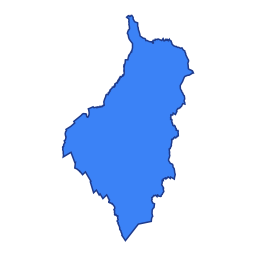 Ban Na, Nakhon Nayok, Thailand
{"feature_id": "78962969B12368211729718", "entity_name": "Ban Na", "entity_type": "district", "adm_level": 2, "iso_a3": "THA", "parent_name": "Thailand", "parent_adm1": "Nakhon Nayok", "projection": "equal_earth", "projection_center": [101.083, 14.274], "detail": "fine", "context": "isolated", "style": "filled", "palette": "blue", "viewbox_px": 256, "rotation_deg": 0, "n_neighbors": 0, "source": "geoboundaries", "source_scale": "gbopen_adm2", "svg_char_len": 5807}
<svg xmlns="http://www.w3.org/2000/svg" viewBox="0 0 256 256"><path d="M193.4,73.0L193.1,72.3L193.0,72.5L192.4,72.1L192.3,70.8L190.8,70.0L189.4,69.5L188.4,68.7L188.1,65.0L187.8,63.4L188.6,61.0L188.5,60.1L187.6,58.6L185.8,54.8L185.6,53.3L185.0,52.1L184.7,50.8L184.0,50.5L183.3,49.9L182.7,49.2L182.0,47.9L180.4,48.2L178.7,47.3L177.5,47.4L176.4,46.5L175.4,46.5L173.6,45.7L172.1,44.2L171.7,42.8L171.3,41.9L171.2,41.1L170.1,40.5L169.9,40.1L169.6,40.0L169.4,39.5L169.2,39.9L168.4,39.9L168.2,40.4L167.7,39.4L167.3,39.4L167.2,40.1L166.8,39.9L166.4,40.1L166.2,39.8L166.1,39.3L165.9,39.2L165.7,39.4L165.9,39.8L165.8,40.1L165.1,40.5L164.7,40.3L164.1,40.9L163.9,40.8L163.9,40.3L163.4,39.9L163.4,39.2L163.1,38.6L161.7,40.5L158.2,39.0L157.9,39.0L157.5,39.5L155.2,39.3L155.0,40.4L153.2,40.3L153.0,40.5L152.9,41.5L153.4,42.7L153.4,43.0L153.0,43.2L152.7,43.0L151.8,41.7L150.7,41.8L149.0,41.5L147.1,40.5L145.8,40.5L145.5,39.2L144.9,38.5L143.3,38.2L140.5,36.3L140.0,35.7L139.9,34.5L139.1,31.6L138.4,29.7L138.2,27.7L137.6,26.1L137.7,23.9L137.6,22.8L135.1,22.0L134.1,20.9L133.7,19.9L133.1,19.0L133.2,17.7L132.9,17.0L131.8,15.4L131.1,15.4L130.4,16.3L129.8,16.6L129.4,16.4L128.9,15.6L128.2,15.8L126.6,17.2L127.1,17.7L128.6,18.6L128.9,19.6L129.0,20.2L128.8,21.7L129.1,23.1L128.9,24.7L129.3,25.8L129.5,28.6L129.3,29.4L128.4,30.1L128.4,30.5L128.0,31.1L127.5,32.6L127.4,33.6L128.1,34.5L128.7,37.7L129.4,39.4L132.5,43.5L132.5,47.9L131.6,51.7L131.3,51.4L129.9,54.0L129.0,55.0L129.2,55.4L129.1,55.8L128.6,55.9L127.8,59.8L125.4,59.8L125.2,61.3L125.3,61.8L124.9,63.9L124.4,64.4L124.4,65.2L124.0,65.1L123.8,66.7L124.2,66.7L123.9,70.7L124.2,70.6L124.2,72.1L124.1,73.7L123.7,75.0L123.2,74.9L123.1,75.4L122.7,75.3L122.7,76.2L121.6,76.4L121.4,77.0L120.4,76.6L120.1,77.7L119.8,77.6L119.7,78.5L119.2,78.5L119.1,78.9L119.5,78.9L119.4,79.6L119.2,79.6L119.1,79.9L118.6,79.8L118.4,80.8L117.9,80.6L117.5,82.6L117.1,82.2L116.2,83.1L115.0,83.8L115.2,84.8L114.8,84.8L114.8,86.4L113.9,86.3L113.9,87.2L112.4,87.1L112.2,87.9L110.1,90.0L110.3,90.3L109.9,90.6L110.1,91.1L109.7,91.5L109.4,92.2L109.2,92.1L109.0,92.9L108.3,92.9L108.1,94.6L106.5,94.4L106.0,95.0L105.6,96.9L104.6,99.3L103.8,101.9L104.2,105.1L103.5,105.2L103.5,105.7L102.3,106.0L102.3,106.5L101.8,106.8L101.3,106.5L100.0,106.4L100.0,107.1L98.9,107.0L98.2,107.1L98.1,107.3L97.3,107.0L97.0,107.1L96.8,107.6L96.6,107.4L96.8,107.1L93.9,107.7L93.1,106.8L89.3,108.5L88.5,108.7L88.3,108.8L88.8,110.4L88.9,111.2L89.1,112.0L89.1,114.4L88.2,116.8L87.9,116.8L87.6,117.2L87.2,117.1L86.6,116.1L86.4,114.3L86.0,114.3L85.8,113.8L83.5,113.6L82.5,114.0L81.1,115.5L73.8,121.4L74.7,123.0L70.8,126.4L66.0,129.4L66.5,130.6L65.6,131.8L65.2,133.8L65.5,135.6L65.8,136.1L65.7,136.7L66.1,137.1L65.9,137.6L65.7,138.8L65.2,140.2L64.3,140.6L64.6,142.0L65.0,142.7L64.4,143.3L63.6,144.8L63.6,146.5L63.2,146.9L62.8,146.8L62.6,147.2L62.9,148.0L62.7,149.7L63.3,151.5L63.2,153.3L63.5,155.0L63.2,157.0L71.0,152.3L75.0,163.0L75.4,162.7L74.8,168.0L76.8,168.9L79.2,170.8L79.5,171.3L79.7,171.1L82.6,174.7L85.4,171.9L90.9,181.2L90.3,181.8L93.6,192.8L96.4,190.1L99.2,195.0L100.1,194.0L102.9,198.6L106.7,194.9L108.4,198.0L108.4,198.5L108.7,198.6L109.0,199.5L109.5,199.9L109.2,201.1L108.8,201.3L108.9,201.8L108.8,202.3L109.7,202.8L110.5,202.7L111.0,203.3L111.7,203.5L112.1,204.0L112.4,203.7L114.7,206.9L114.7,208.7L114.0,209.4L113.9,209.7L114.7,210.9L114.4,212.1L114.7,213.0L114.6,214.6L115.1,215.1L115.9,214.6L116.6,215.9L117.6,215.8L117.9,216.0L117.6,218.0L117.7,218.5L118.2,219.3L118.0,220.0L117.3,220.4L117.2,221.5L118.3,222.7L118.3,223.2L118.0,223.5L119.3,226.3L119.7,227.8L119.7,229.2L120.3,230.2L120.9,230.8L121.0,231.9L121.5,232.8L122.1,235.0L121.9,235.3L125.4,240.6L138.3,224.1L151.3,221.4L151.5,219.1L151.9,217.4L152.7,216.4L152.0,213.6L152.2,209.9L153.2,208.2L154.0,207.6L154.5,203.8L152.7,202.9L152.0,201.3L151.6,200.2L152.1,199.4L151.8,197.6L152.6,197.2L153.8,195.5L154.6,195.8L155.4,195.2L155.7,195.2L157.0,196.6L157.4,195.1L157.6,194.9L157.9,195.1L158.3,196.0L160.7,196.5L161.1,196.3L161.3,195.1L162.1,194.5L162.8,193.0L163.8,191.6L163.2,188.7L163.6,188.2L163.5,187.8L161.7,184.8L162.2,182.9L162.2,180.4L163.3,180.6L163.1,179.2L164.9,178.2L164.9,178.4L165.8,178.0L166.0,178.9L167.3,177.9L168.1,176.9L170.3,178.4L170.6,177.1L172.5,178.0L174.3,179.1L174.5,177.6L175.1,175.1L175.2,174.4L174.6,172.1L174.6,171.3L174.1,168.5L173.0,167.0L172.9,165.3L172.5,164.3L170.3,163.3L168.6,160.6L168.6,159.1L169.3,157.5L169.8,155.4L169.5,154.3L169.6,153.8L169.3,152.9L169.7,152.2L169.4,151.1L169.2,149.3L169.3,148.8L169.9,148.8L170.3,148.3L170.5,147.3L171.1,146.4L171.4,145.6L171.3,144.6L171.8,141.8L171.7,141.0L171.8,140.5L171.6,139.7L172.0,139.2L172.5,139.5L172.8,139.3L173.1,138.8L173.4,138.7L173.6,138.2L173.8,138.1L173.9,137.7L174.3,137.6L174.6,137.2L175.1,137.7L175.5,137.5L175.8,137.8L176.3,137.1L177.1,136.7L177.1,136.4L177.4,136.5L177.8,135.9L178.3,135.8L178.2,133.3L178.0,132.8L178.2,131.3L178.0,130.5L176.3,130.3L176.2,128.7L175.9,128.5L175.8,128.1L175.4,127.7L175.2,126.3L174.3,125.4L173.4,125.8L172.8,125.1L172.6,123.8L172.3,123.4L172.3,122.8L172.0,122.7L171.9,122.3L171.7,121.5L171.9,121.1L171.9,120.3L171.6,119.9L171.8,119.6L171.6,119.4L171.3,119.5L171.3,119.1L171.1,118.9L170.8,119.0L170.9,118.6L170.6,118.2L170.6,117.5L170.9,117.3L170.9,116.9L170.8,116.1L171.0,115.4L170.8,115.2L170.9,114.8L171.5,115.0L171.8,114.9L172.1,115.1L172.4,114.8L172.8,114.8L173.2,113.1L175.4,114.5L176.9,111.4L176.5,110.9L176.8,110.2L177.8,108.6L178.1,108.4L178.8,108.6L179.7,107.7L180.4,107.6L180.5,107.0L181.5,106.3L182.4,104.3L182.9,103.5L184.9,104.1L184.7,102.4L184.2,101.5L184.1,100.4L184.6,99.3L184.7,98.7L184.3,95.8L183.6,95.2L182.5,92.7L181.6,91.6L181.5,90.6L180.7,89.6L180.4,88.7L180.2,85.7L180.5,85.0L182.5,81.6L184.1,77.6L184.8,76.5L187.3,75.4L189.3,75.1L192.6,73.1L193.4,73.0Z" fill="#3b82f6" stroke="#1e3a8a" stroke-width="1.5"/></svg>